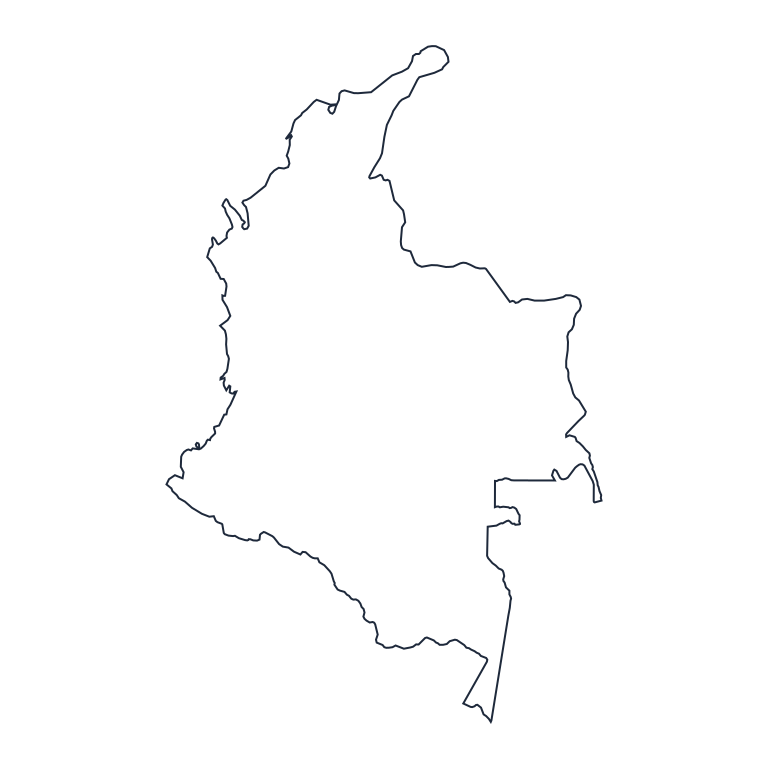 an SVG outline of Colombia
{"feature_id": "COL", "entity_name": "Colombia", "entity_type": "country or territory", "adm_level": 0, "iso_a3": "COL", "parent_name": "South America", "parent_adm1": "", "projection": "robinson", "projection_center": [-72.763, 4.099], "detail": "fine", "context": "isolated", "style": "outline", "palette": "slate", "viewbox_px": 768, "rotation_deg": 0, "n_neighbors": 0, "source": "natural_earth", "source_scale": "50m", "svg_char_len": 6098}
<svg xmlns="http://www.w3.org/2000/svg" viewBox="0 0 768 768"><path d="M442.1,69.3L434.4,72.8L419.3,77.2L417.4,79.8L409.0,96.3L402.0,99.6L399.4,102.0L393.3,110.9L391.6,115.3L386.9,124.9L384.4,136.8L382.0,153.3L380.0,158.2L374.3,167.3L369.5,176.1L369.2,177.4L370.2,178.5L375.4,177.4L380.2,174.8L381.9,175.6L383.7,179.8L385.7,180.4L387.5,179.8L389.5,180.9L394.2,200.4L403.1,210.4L404.0,214.2L405.2,222.3L402.0,227.2L400.8,241.5L401.1,245.1L402.1,248.0L403.9,249.6L410.5,251.4L414.9,262.5L417.7,265.1L421.8,266.8L431.5,265.1L437.3,265.3L445.9,267.0L449.1,266.9L453.2,266.6L460.4,263.3L463.1,262.7L466.0,263.0L470.3,264.8L475.6,267.5L479.9,268.5L484.8,268.3L486.0,268.9L509.9,301.9L512.4,300.9L514.1,301.4L515.6,302.9L518.2,302.3L522.0,299.5L527.4,298.9L534.6,300.6L544.1,300.6L555.8,298.9L563.1,297.1L565.9,295.2L570.7,295.4L576.3,297.1L579.4,299.6L581.0,305.9L579.7,309.8L576.1,313.7L574.1,318.7L573.8,324.8L571.9,329.3L568.6,332.3L567.3,336.5L568.0,342.1L567.7,350.3L566.2,361.0L566.2,367.5L567.7,369.6L568.4,372.6L568.3,376.5L568.8,380.0L570.7,384.5L573.2,393.5L575.3,397.4L579.0,400.5L585.8,411.7L584.9,414.7L584.3,415.5L578.5,421.0L567.1,432.9L566.1,434.4L566.2,436.9L569.5,435.3L574.8,436.9L575.6,437.9L576.6,441.1L579.5,443.0L582.9,446.4L585.8,450.0L589.4,453.3L589.9,455.6L589.3,457.9L591.1,463.3L592.3,465.0L592.9,467.1L592.3,469.1L593.8,471.5L597.4,482.1L597.7,485.3L598.5,486.8L599.5,491.1L601.2,495.1L600.8,497.9L601.5,500.6L594.7,502.4L594.1,502.1L593.7,501.1L593.8,484.7L592.7,481.1L584.4,465.6L582.6,464.4L580.6,464.2L579.1,464.7L577.1,466.1L575.2,467.7L567.8,477.6L565.7,478.8L563.5,479.3L561.6,479.1L560.0,477.7L556.5,470.9L554.3,469.6L553.4,470.8L552.0,475.4L554.9,480.5L514.0,480.4L511.3,480.2L508.6,478.9L506.0,478.3L504.6,478.4L502.1,479.7L498.9,479.9L496.8,481.1L495.0,480.9L494.9,507.2L496.9,506.5L498.5,506.5L499.8,507.3L503.2,506.7L508.6,507.3L509.6,508.1L511.0,507.9L512.5,507.1L514.3,507.6L516.2,509.0L518.5,513.8L519.6,515.2L519.5,519.6L519.1,521.3L520.0,523.5L519.9,524.1L519.2,524.4L515.3,524.8L514.5,523.7L512.6,523.8L511.4,523.2L510.4,521.9L508.5,520.6L506.6,521.1L502.6,523.4L501.3,523.2L499.7,523.8L496.5,525.6L487.7,526.7L487.1,555.8L488.1,558.1L492.4,563.1L495.8,565.6L498.7,568.5L501.6,569.7L502.8,570.8L503.5,572.6L504.2,576.1L503.2,579.4L503.5,581.1L504.6,582.5L506.0,587.4L509.4,590.7L509.4,594.4L510.7,596.9L511.1,598.6L510.5,600.7L509.8,607.8L508.3,615.9L491.4,720.5L490.8,721.9L488.9,718.9L486.2,716.1L483.6,714.4L481.0,707.6L477.4,704.8L476.0,705.0L474.5,706.3L472.2,707.1L470.6,706.9L463.3,703.5L486.9,661.7L487.3,659.7L486.2,658.0L480.8,655.9L479.0,653.7L476.6,652.7L474.6,651.2L471.1,649.6L469.0,648.2L466.4,647.7L464.3,645.1L456.9,640.1L454.9,639.7L449.7,641.2L446.8,644.0L443.1,644.8L439.6,644.8L437.8,643.2L436.1,642.6L433.8,640.4L426.9,637.5L425.1,638.0L418.6,644.5L416.1,644.4L413.1,646.7L410.2,647.5L403.9,648.7L395.6,645.5L392.5,647.2L389.0,647.7L386.3,647.8L384.3,647.2L382.6,645.0L376.7,642.6L376.0,639.7L377.7,634.6L375.2,624.4L374.2,622.7L372.7,622.0L369.7,622.5L366.5,620.6L364.5,618.8L363.4,616.6L364.5,612.5L363.6,609.0L361.6,607.0L360.4,603.6L358.4,600.8L355.9,599.4L353.3,599.6L351.3,598.7L349.0,595.8L346.9,594.7L344.5,591.9L339.9,590.6L337.6,589.5L334.4,584.7L334.7,583.0L333.8,581.3L331.5,573.7L329.8,571.2L324.3,565.2L319.4,562.3L317.7,558.3L314.6,558.3L312.6,557.8L310.4,556.5L305.6,552.2L302.6,551.9L300.4,554.5L294.0,551.7L288.5,547.6L282.8,546.6L279.1,544.1L273.9,537.5L272.4,536.2L265.1,532.4L263.7,532.0L260.9,533.8L260.0,534.8L259.5,539.6L257.1,540.6L253.2,540.4L250.5,539.3L248.7,539.2L248.3,540.0L247.3,540.4L245.1,540.1L238.9,538.2L234.9,535.8L233.1,536.1L228.5,535.6L224.8,534.2L223.8,533.0L222.3,524.4L221.8,523.8L217.5,522.2L215.8,520.9L213.8,516.2L209.3,516.7L201.9,513.8L192.0,507.8L184.9,501.6L178.8,498.2L176.8,495.1L172.5,491.2L171.4,488.4L166.5,484.4L169.0,479.2L174.9,475.2L182.6,478.3L183.6,472.2L180.8,466.8L181.2,456.7L182.1,454.6L184.1,451.9L186.8,450.0L188.4,449.5L191.0,450.4L192.7,448.4L199.0,449.3L200.9,448.5L203.7,446.0L205.7,443.6L206.8,440.8L207.8,439.7L210.0,440.1L210.2,438.8L211.3,437.2L215.1,433.5L215.1,431.8L214.0,428.3L214.3,426.9L219.1,425.5L224.2,414.7L226.4,414.4L227.5,409.3L230.4,404.8L236.4,391.5L234.6,391.8L233.2,393.6L231.5,393.4L229.7,392.4L230.3,386.4L229.2,385.7L226.3,390.3L223.9,385.6L223.6,382.7L224.7,379.9L224.5,378.0L220.5,379.4L220.7,377.6L223.2,375.8L224.3,373.9L226.5,371.9L227.4,368.8L228.9,358.8L228.2,356.2L227.0,354.0L226.1,344.4L226.4,338.8L225.9,334.3L224.9,330.6L220.1,325.7L227.6,320.1L230.3,315.9L227.0,307.1L222.5,299.8L222.4,295.4L223.6,295.9L225.1,295.8L226.5,286.5L226.2,283.6L223.7,279.0L220.6,278.8L217.9,273.0L216.3,271.7L215.1,268.0L210.7,260.8L207.2,257.1L209.8,248.4L212.1,246.8L212.9,244.6L212.0,239.3L212.2,238.1L212.8,237.5L213.3,237.6L214.2,238.4L215.9,240.7L217.3,243.5L218.5,244.4L220.2,243.4L226.9,237.8L226.5,236.0L227.1,232.5L229.4,229.6L231.8,228.6L232.5,227.0L231.9,224.5L229.4,218.3L227.2,214.9L225.7,211.6L225.0,208.5L222.4,205.6L223.5,202.9L225.5,199.7L226.2,199.2L227.3,200.0L230.2,205.8L234.9,209.6L239.8,215.7L241.8,219.9L243.4,220.7L244.8,222.2L244.2,223.3L242.6,224.5L242.2,226.9L243.2,228.3L244.2,229.2L247.1,228.6L248.7,225.8L247.6,213.3L246.0,207.0L244.1,205.1L242.4,202.6L243.5,200.7L246.6,199.9L250.6,197.7L265.4,185.8L270.4,174.5L274.3,170.5L278.7,167.8L284.0,168.5L288.1,167.1L289.4,163.5L288.3,158.6L286.7,155.7L288.2,151.5L289.8,145.1L289.7,139.7L291.8,136.5L291.1,135.2L288.1,137.8L285.7,139.0L291.3,131.5L293.5,123.4L295.1,120.0L301.0,115.3L302.2,113.0L306.7,109.5L313.8,101.9L316.6,99.8L330.5,104.7L334.9,104.4L334.1,105.3L332.1,105.6L329.1,106.9L328.3,109.8L330.3,112.9L332.4,113.7L334.2,111.8L336.0,106.2L338.9,100.0L339.5,93.5L341.6,91.2L344.6,90.4L353.9,93.1L358.2,93.2L371.1,92.2L392.2,75.4L401.9,71.7L408.1,68.2L412.0,61.2L413.0,56.0L415.9,54.0L418.9,54.0L420.3,52.8L420.7,51.2L428.0,46.7L432.1,46.1L435.8,46.2L444.1,50.1L447.9,57.0L448.5,61.8L443.3,67.0L442.1,69.3ZM199.2,447.1L198.2,448.0L196.4,446.4L195.8,444.4L196.9,442.9L198.4,443.4L199.0,444.6L199.2,447.1Z" fill="none" stroke="#1e293b" stroke-width="2"/></svg>